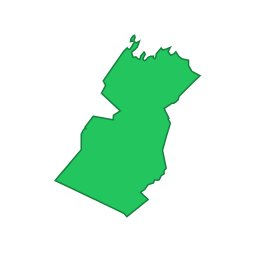 Bristol, Massachusetts, United States of America, rotated 231°
{"feature_id": "52423323B2218191316201", "entity_name": "Bristol", "entity_type": "district", "adm_level": 2, "iso_a3": "USA", "parent_name": "United States of America", "parent_adm1": "Massachusetts", "projection": "robinson", "projection_center": [-71.113, 41.795], "detail": "fine", "context": "isolated", "style": "filled", "palette": "green", "viewbox_px": 256, "rotation_deg": 231, "n_neighbors": 0, "source": "geoboundaries", "source_scale": "gbopen_adm2", "svg_char_len": 2131}
<svg xmlns="http://www.w3.org/2000/svg" viewBox="0 0 256 256"><g transform="rotate(231 128 128)"><path d="M97.9,153.3L103.6,161.8L105.0,163.8L105.3,163.9L106.1,164.1L108.5,164.6L109.8,164.9L109.7,165.8L113.1,166.7L115.1,167.1L117.1,167.5L119.7,168.2L119.8,168.2L120.3,168.3L120.3,168.7L119.9,173.9L119.8,174.6L119.6,177.7L119.6,177.8L118.4,179.1L118.2,181.4L118.3,184.0L118.4,184.7L119.1,185.5L120.6,188.0L120.6,188.5L122.8,209.5L123.3,216.8L131.8,213.3L138.4,214.3L142.6,217.7L144.0,216.4L146.9,214.2L147.9,213.4L151.8,212.5L157.1,213.1L156.7,209.9L157.7,207.0L162.1,207.2L164.0,211.6L165.3,207.2L166.8,204.1L169.3,204.1L167.8,196.6L165.5,194.1L165.1,192.5L165.6,191.9L166.9,191.9L167.7,193.0L169.4,190.9L170.3,188.0L169.7,186.1L169.7,183.7L169.7,183.4L170.4,182.9L172.1,183.0L172.9,184.0L174.3,187.6L176.6,188.5L177.0,188.2L175.9,183.1L173.8,180.5L175.6,179.2L178.3,179.0L179.6,176.4L183.6,177.9L184.4,178.6L184.7,179.5L184.6,181.9L184.6,182.0L185.0,186.1L187.0,189.4L188.3,191.5L188.4,190.0L189.1,188.2L190.8,187.3L187.9,179.0L188.5,178.2L190.6,177.6L190.8,177.7L190.3,172.9L187.1,162.0L185.5,156.3L180.2,138.4L175.2,137.4L171.6,129.2L146.2,132.8L147.0,124.7L143.7,121.6L159.0,108.4L155.7,95.0L154.2,94.8L154.5,94.5L154.7,94.0L154.8,93.7L154.5,92.0L153.4,89.6L152.6,87.8L140.5,77.9L139.4,72.0L139.3,71.3L135.6,52.0L135.3,50.0L133.0,38.3L125.1,42.1L118.9,45.1L111.6,48.6L109.2,49.7L105.7,51.4L101.1,53.6L82.5,62.5L64.0,71.2L59.8,71.3L59.8,76.8L59.8,77.4L59.8,89.9L59.8,92.3L59.7,98.6L59.8,98.7L61.0,98.5L61.7,98.4L62.4,98.3L63.7,98.1L63.9,98.1L64.4,98.0L66.3,97.7L66.8,97.7L70.0,97.2L70.1,98.6L69.7,102.2L70.4,104.7L70.5,105.0L71.3,107.9L71.2,108.3L69.3,113.2L69.4,113.5L71.0,115.9L70.5,116.5L70.0,117.0L68.7,118.2L68.1,119.6L70.1,123.9L70.1,124.1L70.0,124.6L70.0,125.2L69.8,126.0L69.7,126.5L69.7,127.0L70.0,127.6L70.9,128.1L71.3,128.2L71.8,128.8L72.5,130.5L72.4,131.7L72.8,132.4L75.2,133.7L75.3,133.7L75.6,133.8L83.4,137.9L89.0,140.8L97.5,152.7L97.7,152.9L97.9,153.3ZM193.5,184.3L192.0,187.3L194.0,190.6L196.0,191.4L196.1,191.1L196.3,189.9L195.6,186.7L193.5,184.3Z" fill="#22c55e" stroke="#15803d" stroke-width="1.5"/></g></svg>